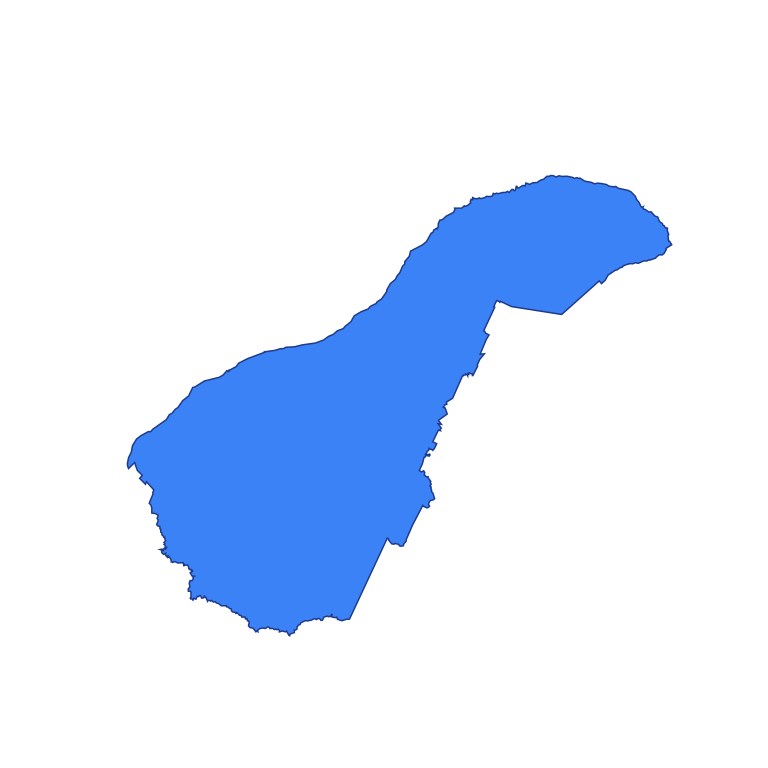 outline of South Taranaki District, Taranaki, New Zealand, rotated 115°
{"feature_id": "76426892B20989652719934", "entity_name": "South Taranaki District", "entity_type": "district", "adm_level": 2, "iso_a3": "NZL", "parent_name": "New Zealand", "parent_adm1": "Taranaki", "projection": "albers", "projection_center": [174.317, -39.522], "detail": "fine", "context": "isolated", "style": "filled", "palette": "blue", "viewbox_px": 768, "rotation_deg": 115, "n_neighbors": 0, "source": "geoboundaries", "source_scale": "gbopen_adm2", "svg_char_len": 6171}
<svg xmlns="http://www.w3.org/2000/svg" viewBox="0 0 768 768"><g transform="rotate(115 384 384)"><path d="M136.2,182.1L133.9,185.5L134.3,186.4L129.9,189.1L128.1,189.2L125.1,192.3L123.0,192.9L123.4,195.4L122.2,196.8L122.1,198.6L121.0,199.4L120.3,203.0L117.0,206.5L117.3,209.6L115.0,214.8L116.2,216.5L115.4,221.2L115.9,222.5L114.7,224.0L113.8,224.0L114.8,224.8L114.5,226.2L111.7,229.5L109.7,233.5L107.8,235.3L105.5,241.1L105.3,244.3L107.6,254.5L107.0,257.4L108.3,259.3L109.6,263.7L109.2,266.7L110.6,272.2L111.8,275.5L113.6,277.8L113.6,281.2L115.3,287.7L114.6,293.4L115.6,295.0L115.4,296.2L117.2,298.4L117.0,300.0L118.3,305.8L120.7,310.5L121.3,313.3L123.6,315.5L123.7,318.8L124.5,320.9L126.4,322.6L126.8,324.1L131.1,326.0L133.2,328.4L136.8,330.5L138.7,334.1L141.8,336.7L141.5,338.4L142.1,339.4L141.9,340.3L145.0,339.9L145.4,342.1L149.5,344.8L149.8,345.7L148.7,347.1L149.0,347.7L152.8,346.8L153.9,347.7L153.1,349.0L153.7,350.4L157.6,351.5L157.2,353.4L159.0,354.8L160.5,357.8L163.0,360.5L163.6,362.8L165.1,364.1L165.0,365.5L167.9,365.3L169.3,367.1L170.6,370.4L172.8,371.7L175.1,374.8L175.1,376.5L175.9,376.6L177.6,379.7L177.6,382.4L179.4,381.5L179.8,383.1L181.7,383.1L183.1,382.0L186.9,383.7L188.8,385.7L188.6,386.6L191.7,387.8L194.8,394.3L195.6,393.6L199.0,393.5L205.5,398.5L210.6,400.7L211.9,402.7L216.0,402.5L219.2,401.1L220.7,402.1L221.2,401.7L221.2,402.5L223.5,404.0L225.9,403.7L227.4,405.0L236.9,405.7L241.8,408.0L252.3,416.1L257.6,415.1L264.3,416.9L266.5,415.9L269.5,417.0L276.1,416.7L281.0,417.9L284.3,417.8L290.3,420.7L297.7,421.2L299.1,420.6L308.2,422.2L312.3,424.9L314.4,425.2L319.4,429.2L322.7,430.1L328.2,435.3L334.8,439.8L341.5,440.3L347.8,443.5L351.1,444.4L355.6,448.8L360.4,450.9L364.3,454.4L369.7,457.4L375.9,463.5L382.8,474.2L388.3,481.1L392.1,488.4L394.2,489.9L396.1,493.2L399.5,496.9L404.6,504.8L405.5,505.3L405.3,506.1L406.3,506.2L418.6,518.3L426.5,524.5L430.7,525.3L436.5,529.7L437.9,530.0L437.2,530.5L438.5,531.3L438.3,532.0L443.8,533.6L447.5,536.1L457.1,548.0L466.8,554.3L468.0,555.9L477.4,556.0L484.1,559.4L492.6,560.9L495.1,562.5L500.0,563.7L502.6,565.6L508.3,566.2L522.8,574.5L525.8,575.3L526.8,577.5L533.3,582.3L538.4,585.0L546.2,585.9L552.7,584.2L558.6,584.4L564.4,583.0L566.5,581.9L568.6,579.8L560.6,576.8L566.5,571.1L569.0,564.4L572.8,565.6L575.7,557.8L573.0,558.0L577.2,547.9L580.4,547.6L581.1,546.9L591.3,546.4L592.3,543.9L594.6,542.0L599.1,539.9L598.1,536.4L598.3,533.2L601.8,532.8L602.3,531.6L603.9,530.8L607.4,530.7L608.2,529.2L607.9,526.9L609.9,525.9L609.8,525.1L612.6,523.7L612.9,522.4L614.7,521.4L614.8,520.0L616.0,519.1L615.5,517.9L617.1,517.2L618.3,515.6L620.5,516.5L621.3,515.3L622.3,515.6L622.5,514.5L624.3,513.3L624.0,512.4L625.0,513.1L625.1,512.5L625.8,513.6L626.3,512.8L627.2,514.5L628.0,513.9L627.7,515.7L628.7,517.1L628.6,514.6L630.2,514.6L631.1,513.5L631.5,511.7L629.7,510.4L631.0,510.1L632.0,508.6L631.1,507.4L632.1,507.7L632.8,506.9L631.5,505.4L633.0,503.0L635.0,501.7L634.6,501.4L635.1,500.2L633.3,498.4L633.4,495.3L630.8,490.4L633.3,488.7L632.8,488.0L631.9,488.2L632.1,487.4L631.1,485.5L631.4,484.7L634.0,482.8L633.7,482.1L634.3,481.4L633.7,480.6L634.7,479.5L633.9,479.3L634.4,478.3L637.0,479.9L639.1,476.9L638.4,474.7L639.9,475.4L641.8,474.4L643.5,475.1L644.1,476.7L647.0,476.3L650.0,474.1L652.3,474.9L654.5,473.7L653.6,472.1L654.0,471.1L658.4,469.0L660.0,469.1L660.5,468.3L659.8,467.6L660.6,465.8L658.6,465.8L658.5,463.5L655.3,463.4L655.1,462.3L653.5,461.4L653.6,460.4L655.1,458.8L654.4,457.4L652.4,457.1L653.0,456.4L652.5,455.6L655.4,452.1L654.5,452.2L653.8,450.1L654.1,449.4L652.9,448.5L653.8,446.6L652.6,445.0L653.3,443.5L652.9,441.1L653.8,437.7L651.6,433.2L652.5,432.6L652.0,431.0L652.7,429.1L652.4,427.4L653.9,426.5L654.6,425.0L653.6,421.4L654.5,421.2L653.5,419.8L654.7,417.3L654.1,415.7L655.4,414.4L653.9,411.4L655.2,410.6L655.4,409.9L654.5,409.0L656.3,407.7L655.9,406.5L657.2,405.4L660.5,404.6L661.4,402.4L660.6,399.5L662.7,395.4L661.9,395.1L661.8,393.6L661.0,394.4L658.5,393.5L656.6,391.2L655.6,388.0L653.1,386.8L653.2,384.8L653.9,384.1L652.5,381.5L652.9,379.6L651.9,378.3L652.0,377.2L651.0,376.4L651.3,374.8L652.9,374.1L650.9,371.8L650.2,368.4L649.1,367.8L652.0,364.0L652.0,363.1L650.3,363.4L647.2,360.2L644.9,361.3L644.4,360.2L642.9,359.3L641.0,360.1L639.0,359.7L637.2,358.4L635.5,358.4L631.7,355.3L631.1,353.3L628.8,350.1L626.1,348.0L625.9,345.4L625.0,345.4L623.8,343.4L624.9,341.2L624.0,339.9L620.6,339.9L618.2,337.1L618.4,336.1L617.0,334.0L615.0,334.2L614.9,333.6L617.2,333.1L616.4,329.5L615.3,328.2L616.9,326.8L616.4,322.2L612.8,318.2L611.7,315.9L522.3,315.9L522.4,314.4L523.5,313.9L525.6,309.4L525.0,307.3L524.0,306.9L523.1,303.0L524.1,301.6L524.0,300.5L522.5,298.1L520.7,298.5L517.2,297.5L515.7,298.1L499.6,298.5L477.6,297.5L478.2,296.1L478.1,292.7L477.0,291.6L475.4,291.1L474.4,292.7L472.3,293.2L470.0,292.7L468.2,290.4L466.6,289.6L462.2,293.6L461.2,295.9L460.1,295.9L458.5,297.6L457.5,297.7L456.8,299.4L455.0,298.8L453.3,300.7L452.5,300.5L450.4,304.3L449.5,304.7L450.1,306.4L449.4,309.0L447.0,309.7L445.9,311.4L447.8,312.9L447.5,315.5L440.2,315.5L433.5,316.7L432.8,315.8L431.1,316.0L430.2,312.5L429.2,312.3L428.4,312.6L428.4,313.3L429.8,314.5L430.1,316.7L428.6,316.1L426.9,316.5L425.5,315.6L423.3,316.0L423.7,314.6L423.1,313.3L423.6,311.8L421.2,311.0L415.8,311.0L415.8,315.4L402.8,315.2L402.4,313.1L401.7,314.0L399.8,313.4L397.1,318.2L396.3,315.0L393.9,319.3L384.5,314.0L379.9,318.4L380.1,320.4L377.2,319.9L375.8,318.5L374.1,319.8L367.9,315.8L343.5,316.3L343.0,315.5L342.3,315.7L341.3,314.0L340.5,314.3L340.5,312.5L341.2,311.6L339.9,312.1L339.6,311.5L339.0,312.5L337.8,311.3L338.2,310.5L337.5,308.0L339.0,307.5L338.8,307.0L328.2,306.7L327.4,307.5L321.2,307.6L314.2,305.8L316.4,309.5L300.3,310.1L295.1,309.6L295.0,313.3L293.7,314.9L293.7,316.1L267.6,316.1L267.6,317.2L260.9,317.2L260.5,315.1L261.0,313.5L259.9,313.4L259.9,301.0L245.9,252.4L199.6,232.5L201.1,229.3L196.7,227.4L190.5,226.9L183.1,222.4L182.0,220.9L178.7,219.1L177.7,217.6L175.6,216.9L172.8,214.2L170.7,211.5L170.0,209.4L167.9,207.6L167.2,204.6L162.5,200.5L161.5,197.8L159.7,196.6L159.5,195.6L155.4,191.3L150.9,189.5L149.4,186.4L147.5,185.4L143.0,185.0L142.0,185.8L136.2,182.1Z" fill="#3b82f6" stroke="#1e3a8a" stroke-width="1.5"/></g></svg>